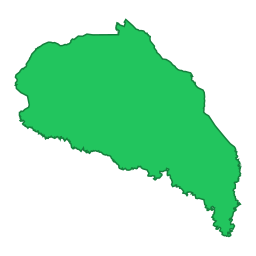 the district of Lue Amnat, Amnat Charoen, Thailand
{"feature_id": "78962969B36104557802135", "entity_name": "Lue Amnat", "entity_type": "district", "adm_level": 2, "iso_a3": "THA", "parent_name": "Thailand", "parent_adm1": "Amnat Charoen", "projection": "albers", "projection_center": [104.71, 15.697], "detail": "fine", "context": "isolated", "style": "filled", "palette": "green", "viewbox_px": 256, "rotation_deg": 0, "n_neighbors": 0, "source": "geoboundaries", "source_scale": "gbopen_adm2", "svg_char_len": 5838}
<svg xmlns="http://www.w3.org/2000/svg" viewBox="0 0 256 256"><path d="M45.6,138.9L46.7,137.7L47.1,138.3L48.3,138.3L48.5,137.2L50.0,137.3L51.1,136.3L51.4,136.9L54.5,138.2L54.8,137.2L55.6,137.9L56.9,136.7L57.7,136.6L58.2,137.7L59.0,137.9L59.3,138.8L60.1,138.4L60.3,139.2L60.7,138.0L60.4,137.0L61.3,136.7L61.9,138.2L63.4,138.2L63.6,139.3L65.0,139.8L64.4,140.7L64.7,141.0L66.9,138.5L67.5,139.9L68.9,140.1L68.9,141.5L70.0,141.5L69.8,142.9L71.0,144.0L71.6,147.4L73.1,148.8L73.8,148.6L73.8,147.5L74.4,147.2L75.0,148.0L76.3,148.0L77.3,149.1L79.3,149.6L81.0,151.3L83.4,147.9L83.8,150.4L85.6,151.5L86.0,150.7L86.9,150.6L86.3,152.5L86.9,152.7L88.5,151.8L88.9,152.9L89.6,153.3L91.3,151.0L92.1,151.4L92.9,151.3L93.3,150.6L94.4,151.0L95.5,150.6L97.3,151.4L98.7,150.8L99.2,152.1L101.2,152.2L103.3,154.3L105.6,155.0L106.4,154.6L107.7,155.6L109.4,155.6L110.6,156.3L111.6,158.5L112.9,159.5L112.7,160.1L113.9,160.4L113.4,161.3L114.1,161.9L115.1,161.7L115.4,162.5L116.5,163.0L116.7,163.8L117.9,164.4L119.0,165.9L118.8,166.9L119.4,168.3L121.9,169.3L122.3,168.3L123.2,169.7L125.3,168.4L126.8,170.0L129.0,170.1L130.9,169.5L131.9,167.9L132.4,168.1L133.0,169.2L134.2,168.1L136.5,168.7L137.2,168.4L138.2,166.4L138.9,166.8L140.6,166.4L141.3,167.8L143.1,168.9L147.0,169.9L149.0,173.3L147.9,175.4L148.1,176.0L151.3,176.2L152.4,175.6L154.5,176.1L154.7,177.8L153.6,178.8L155.1,179.9L156.0,179.4L156.3,178.2L159.6,177.9L161.9,175.2L161.9,174.2L159.9,173.0L159.8,171.4L162.8,171.6L164.6,170.6L166.2,170.5L166.6,168.4L168.7,169.1L168.8,169.7L167.2,170.9L167.7,172.0L167.3,172.9L167.3,175.1L167.9,175.6L168.9,175.0L169.9,175.1L170.4,176.3L170.3,177.9L171.3,179.1L172.4,182.1L171.6,184.7L172.7,186.6L174.8,185.9L175.2,185.2L176.5,185.0L176.3,186.7L176.9,187.0L177.9,186.4L179.9,187.0L179.7,188.2L181.3,188.5L183.6,191.2L182.9,193.1L185.6,193.6L187.0,195.6L187.6,194.8L186.9,193.2L187.2,192.3L190.2,191.9L192.4,192.7L191.5,193.7L192.7,193.7L192.9,195.2L195.0,194.8L195.9,198.3L197.5,198.6L198.8,198.2L203.9,199.7L204.8,204.7L206.3,205.6L205.3,207.2L205.9,207.8L207.9,208.5L207.0,209.9L207.2,210.4L208.3,210.4L209.7,209.3L210.9,208.9L211.4,210.1L212.3,210.1L212.5,209.2L211.1,207.3L212.4,206.4L213.2,206.7L213.4,207.6L214.6,207.9L213.9,209.5L214.6,210.2L214.3,211.0L214.6,212.1L214.0,212.8L214.3,213.5L213.0,214.9L213.0,216.0L211.9,217.2L213.7,218.4L213.0,219.3L213.2,219.7L216.1,221.0L213.8,223.4L213.4,225.2L215.4,226.5L217.4,226.4L216.0,228.8L216.2,229.1L217.9,229.1L219.2,227.3L220.3,227.6L220.7,228.5L219.7,230.8L222.4,232.4L222.1,234.5L224.3,235.7L225.8,235.5L226.6,236.2L227.8,235.9L228.9,236.5L230.7,235.5L230.7,234.4L230.0,233.3L227.8,233.9L227.8,232.4L231.0,231.8L232.3,231.0L231.9,230.4L231.1,230.9L230.4,230.7L230.0,230.3L229.9,229.2L231.1,228.6L233.0,229.1L234.5,226.0L233.3,224.1L230.7,224.5L230.6,222.2L232.1,220.3L232.2,219.4L231.2,218.9L229.6,220.1L229.3,219.5L230.0,218.5L231.4,218.0L232.7,215.7L233.4,212.1L236.1,210.0L235.7,208.7L234.7,209.6L233.8,209.0L233.7,208.3L236.7,206.9L238.8,205.0L240.4,204.2L239.2,202.8L237.8,204.2L237.4,204.1L238.0,200.9L237.5,200.4L235.7,200.2L235.8,198.7L235.2,197.9L235.3,196.6L234.3,195.6L234.4,194.5L233.9,193.3L234.4,191.8L233.1,190.6L233.7,189.1L235.3,188.2L235.3,184.2L234.3,182.9L235.0,182.2L236.8,182.2L237.0,181.7L238.6,180.9L238.2,179.6L238.8,179.0L238.1,178.7L238.8,176.6L240.3,175.7L239.7,174.9L240.6,173.8L239.5,171.7L239.9,170.6L239.4,168.8L240.1,168.9L240.5,167.2L239.9,167.6L239.6,166.6L239.0,166.5L239.6,165.6L238.4,166.0L238.1,165.6L238.3,165.1L238.8,165.2L238.6,164.4L239.9,163.5L239.4,162.0L238.4,161.7L238.5,161.0L238.0,160.3L238.3,159.5L237.1,159.9L236.2,159.3L236.0,157.6L237.0,157.5L237.6,156.2L236.2,154.8L236.7,151.8L235.9,151.9L235.8,150.8L235.1,150.8L235.7,149.5L235.1,148.0L234.3,146.8L230.2,143.7L224.6,137.2L215.1,125.7L208.6,115.8L205.6,114.1L203.7,112.3L204.0,108.7L203.5,108.2L204.5,106.3L204.3,103.3L204.7,100.6L204.3,98.8L204.6,96.9L204.2,92.5L203.0,90.1L198.1,87.8L196.4,86.3L194.9,84.0L195.3,83.3L194.9,82.4L194.0,82.5L193.3,81.1L192.0,80.6L191.5,79.5L191.8,78.0L191.3,76.8L192.4,76.5L191.2,75.4L192.0,75.1L190.6,72.9L185.4,71.5L183.5,71.5L181.7,70.5L179.9,70.4L177.9,69.6L175.7,67.6L175.0,66.4L172.5,64.7L171.2,62.9L169.6,61.5L166.2,59.5L162.5,59.0L159.5,54.8L156.7,52.4L156.6,51.1L154.2,47.9L154.4,46.1L150.4,41.2L149.9,38.9L150.2,36.5L148.4,35.6L148.3,34.9L147.3,34.3L147.1,33.3L145.5,33.3L143.8,31.1L141.6,30.6L139.1,30.6L138.0,29.7L136.1,29.2L132.7,25.6L125.8,19.5L124.3,22.1L125.4,22.7L124.2,26.5L119.7,24.9L118.5,23.4L117.0,22.8L116.9,23.4L117.5,23.5L117.6,24.3L116.4,25.1L115.9,28.1L116.5,28.5L116.2,29.4L117.0,30.2L117.7,29.7L119.1,30.7L119.0,31.9L118.3,32.1L118.8,32.6L118.1,33.9L118.6,34.2L118.5,34.7L93.0,34.9L86.9,34.1L82.6,36.3L78.3,36.1L74.1,39.5L72.4,39.0L70.9,40.7L70.8,42.1L69.3,43.7L67.4,44.2L66.8,44.8L65.0,44.5L62.4,45.6L60.1,45.7L58.0,44.0L54.6,42.6L52.8,42.9L51.0,42.3L48.4,42.2L43.0,44.5L39.9,46.8L39.3,46.7L38.6,47.8L37.8,47.6L37.3,48.4L35.7,49.1L35.9,49.9L31.9,54.0L30.4,57.5L29.6,58.3L29.7,59.1L26.2,64.2L26.6,65.3L25.9,66.9L24.5,67.5L23.4,68.9L22.9,68.5L22.2,68.7L20.5,70.4L19.6,72.1L16.1,74.8L15.4,77.2L17.2,79.4L17.0,81.1L15.5,82.9L15.6,84.1L16.7,84.6L15.4,85.3L16.2,85.8L16.4,88.5L20.9,92.6L27.5,96.0L29.3,104.9L28.6,107.3L24.7,109.5L23.3,111.0L22.1,111.5L21.1,111.1L20.3,112.2L19.5,112.4L19.4,115.3L20.1,115.9L19.8,116.6L20.6,116.9L20.1,118.0L21.2,119.4L20.0,120.5L20.6,121.1L21.2,120.8L22.0,121.2L22.7,120.4L23.4,120.4L24.4,121.6L22.6,123.9L23.4,124.9L25.3,125.4L25.1,126.2L26.7,126.8L27.9,128.2L28.8,127.2L30.2,127.1L31.1,127.8L31.9,127.3L32.4,128.5L33.6,129.5L33.5,130.3L35.0,130.3L35.0,131.1L35.9,131.6L37.2,131.8L37.5,131.1L38.1,131.1L38.3,132.3L38.8,132.5L38.6,133.8L41.0,133.3L41.4,134.0L41.1,134.5L42.2,135.4L42.7,134.9L43.0,136.4L44.1,135.5L44.3,136.7L45.6,137.4L45.3,138.5L45.6,138.9Z" fill="#22c55e" stroke="#15803d" stroke-width="1.5"/></svg>